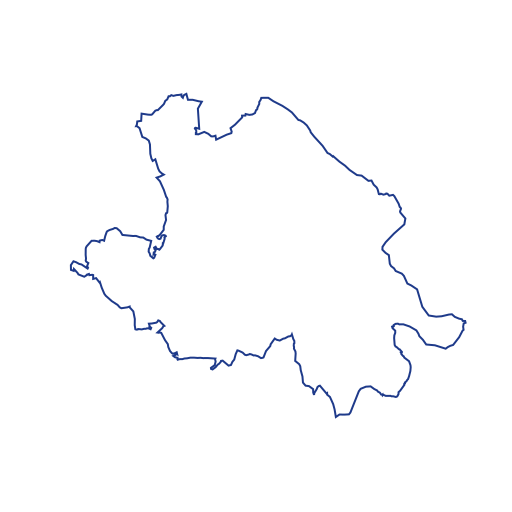 the district of Teaca, Bistrita-Nasaud, Romania, rotated 73°
{"feature_id": "2599482B42785641357283", "entity_name": "Teaca", "entity_type": "district", "adm_level": 2, "iso_a3": "ROU", "parent_name": "Romania", "parent_adm1": "Bistrita-Nasaud", "projection": "robinson", "projection_center": [24.501, 46.902], "detail": "fine", "context": "isolated", "style": "outline", "palette": "blue", "viewbox_px": 512, "rotation_deg": 73, "n_neighbors": 0, "source": "geoboundaries", "source_scale": "gbopen_adm2", "svg_char_len": 6114}
<svg xmlns="http://www.w3.org/2000/svg" viewBox="0 0 512 512"><g transform="rotate(73 256 256)"><path d="M210.6,435.7L215.2,437.0L216.9,434.7L215.2,433.9L220.0,431.6L221.7,431.2L225.6,426.3L224.8,423.3L224.4,423.2L224.3,421.0L225.6,421.0L226.1,418.1L226.6,417.3L230.3,418.4L230.4,415.4L235.6,413.4L235.3,412.9L241.2,412.8L247.8,412.1L250.1,411.3L257.0,407.1L262.4,402.6L265.3,401.3L266.6,400.0L267.5,394.0L267.4,391.6L268.2,391.8L273.1,389.5L280.8,390.3L286.7,392.2L290.8,392.8L291.4,392.0L291.7,390.6L291.4,390.3L291.5,389.7L292.8,386.7L292.9,384.3L293.4,382.7L293.3,381.3L294.0,379.6L295.2,378.2L294.4,377.5L293.3,378.9L292.9,378.8L293.1,377.8L292.4,378.2L289.4,378.2L290.1,375.3L290.6,370.8L290.2,369.7L289.0,368.3L290.1,366.9L291.3,366.6L296.0,364.1L296.1,365.1L297.6,366.8L300.4,372.6L301.0,371.4L300.9,370.5L301.8,369.1L309.9,367.6L314.5,366.1L317.4,366.5L321.7,366.0L324.2,364.9L325.1,364.2L325.2,361.7L324.9,360.0L326.9,360.1L326.3,360.6L327.1,361.8L327.4,364.3L329.2,363.0L330.4,360.8L331.3,360.8L331.8,361.3L332.3,361.2L332.3,359.3L333.1,356.6L333.1,354.4L333.7,351.7L334.0,348.7L335.1,345.0L336.4,341.7L337.1,338.9L338.2,336.4L339.4,332.2L342.2,324.9L342.6,325.3L345.2,325.5L348.3,327.4L349.8,331.8L350.8,332.0L351.8,330.7L350.5,327.1L348.7,324.4L348.2,322.7L346.5,320.1L346.1,320.0L346.3,318.5L352.8,314.3L352.9,311.8L350.3,309.5L348.7,307.1L343.9,304.1L340.8,301.4L341.4,300.4L343.7,297.8L344.6,296.9L347.2,295.5L348.0,294.3L348.1,291.5L347.9,290.6L348.9,289.0L350.4,287.4L350.7,286.0L352.5,283.3L355.1,281.1L355.3,279.3L355.2,278.5L349.8,274.2L346.3,268.7L344.7,267.8L340.4,262.2L342.1,260.8L343.8,258.0L343.0,254.1L343.2,252.5L342.4,248.6L342.7,246.9L342.1,245.1L341.5,244.6L346.4,244.6L348.4,244.2L350.6,244.8L350.9,245.4L353.0,246.2L354.2,246.2L355.7,246.8L358.8,246.2L360.9,246.6L367.8,249.2L372.1,246.3L374.3,245.9L378.3,246.6L384.8,246.8L390.8,248.1L394.5,246.5L395.9,243.4L400.0,240.3L403.3,241.2L405.8,241.1L404.1,240.3L401.1,236.9L399.3,235.5L398.7,234.0L398.7,232.8L408.1,228.8L407.9,228.1L409.4,228.5L412.4,226.5L420.2,225.5L425.7,225.7L433.3,226.7L432.0,222.5L433.5,218.0L434.6,213.4L433.3,211.5L415.4,197.2L413.6,194.7L413.1,189.1L414.2,184.5L417.8,181.8L420.0,179.5L421.3,179.1L422.9,177.5L425.1,176.8L425.6,175.9L425.4,175.4L426.1,175.5L425.8,175.0L427.7,172.8L429.0,168.4L429.9,167.2L430.2,165.9L431.7,163.5L431.7,162.5L431.3,161.7L429.7,160.1L427.9,159.5L427.0,157.6L422.6,151.8L421.8,151.8L421.3,150.7L420.5,150.6L419.8,148.8L418.7,147.6L418.2,146.6L415.6,144.7L411.1,142.0L407.6,140.6L405.6,140.2L401.4,140.4L396.5,143.9L395.1,144.1L394.5,144.7L392.1,145.7L391.3,145.4L390.7,145.6L390.8,144.7L390.4,144.5L387.3,145.9L387.0,146.5L384.1,148.2L383.4,149.0L381.6,149.4L374.9,147.9L372.3,146.9L370.2,145.3L368.1,144.7L365.0,146.5L363.3,146.5L363.2,145.5L363.6,145.1L363.4,144.7L362.3,144.5L361.7,142.4L362.2,140.1L363.3,138.9L364.4,135.1L368.3,129.7L374.0,124.4L377.7,123.4L380.5,123.2L384.9,120.9L390.4,119.1L393.7,111.0L400.1,101.7L399.2,99.3L398.7,96.5L398.7,93.5L393.0,85.4L387.8,80.3L387.3,79.1L384.2,78.6L381.2,77.1L381.1,75.1L379.3,75.0L378.5,77.3L376.7,77.6L375.3,80.1L372.3,83.7L369.0,85.7L368.4,88.6L367.9,96.1L366.7,101.4L363.4,108.2L353.2,111.8L335.0,111.7L329.6,116.1L326.6,119.3L318.2,120.4L315.5,121.7L311.2,126.8L308.2,127.6L305.1,129.8L302.5,130.3L294.0,128.7L290.9,131.2L286.9,133.3L284.2,132.3L280.7,127.9L274.9,117.5L269.1,104.9L263.8,102.2L256.6,105.3L255.4,105.2L253.2,103.5L252.0,103.6L251.2,104.2L247.7,104.3L239.2,106.2L237.6,107.1L237.3,110.9L234.9,112.1L234.3,113.2L234.7,113.7L234.6,116.2L232.9,118.4L233.2,119.5L232.7,120.4L227.9,120.2L225.7,120.6L222.2,122.6L217.6,123.5L217.0,126.5L210.0,131.5L208.1,135.8L201.0,141.4L195.7,144.4L190.2,148.6L183.1,153.0L183.4,153.5L180.1,155.6L178.4,157.5L170.1,160.1L159.0,165.4L153.7,167.5L151.8,167.5L146.0,169.2L142.3,171.4L139.2,174.1L138.3,175.7L129.2,179.7L125.1,182.7L120.1,186.9L113.1,194.1L108.3,198.0L106.3,204.7L108.0,205.9L109.7,207.9L111.5,208.4L114.6,211.3L115.7,211.7L116.4,212.6L116.5,213.3L119.0,215.2L119.6,218.1L119.1,221.1L117.2,224.4L118.6,225.1L117.7,228.3L119.4,228.7L124.3,237.7L126.3,243.0L130.0,242.9L131.3,243.7L131.4,248.5L133.1,260.1L129.1,259.6L129.1,262.0L128.5,263.8L125.2,265.9L122.2,269.2L122.8,275.5L121.9,277.9L120.7,277.5L120.8,277.1L119.1,276.6L118.1,276.5L116.2,277.2L115.8,276.9L115.7,276.2L117.7,273.1L98.1,268.5L92.6,262.7L91.3,265.5L88.1,270.9L86.7,275.4L80.6,275.2L81.0,277.6L81.9,278.8L83.3,279.7L81.7,280.6L79.7,280.1L79.5,282.2L78.9,285.0L78.7,288.2L77.4,290.0L78.1,291.7L77.7,292.9L80.3,295.1L81.1,297.4L83.6,299.5L84.3,300.6L87.8,307.2L87.5,308.3L87.6,309.8L90.2,313.9L90.3,315.0L89.3,317.8L86.4,323.8L93.2,326.3L92.6,330.2L95.5,331.5L96.8,332.7L97.0,331.9L99.7,330.0L108.9,329.9L111.3,327.0L114.3,324.8L118.3,324.8L127.4,327.2L132.0,327.5L134.9,327.0L134.1,324.0L143.9,324.0L146.9,323.5L149.4,322.0L151.2,320.4L151.9,324.4L152.0,328.1L156.5,326.0L158.1,325.8L165.8,324.8L173.3,324.6L173.9,324.2L176.0,324.0L178.3,324.9L182.6,325.8L188.3,328.1L188.8,328.6L188.8,329.5L190.4,330.6L195.3,331.5L200.8,335.6L204.0,336.6L207.2,341.1L208.4,343.4L208.2,344.0L208.5,345.2L210.0,344.9L211.0,344.3L211.6,343.4L211.5,342.2L209.4,340.6L209.0,339.8L208.9,338.6L209.4,337.3L210.2,336.5L210.7,336.4L211.4,338.1L212.8,338.3L216.9,341.1L216.7,341.4L218.7,342.2L221.5,346.1L221.7,346.7L220.9,347.1L220.5,348.2L219.6,348.9L217.8,349.3L218.2,351.0L218.9,351.0L218.7,350.6L220.5,349.9L220.9,350.6L221.4,350.5L222.5,351.4L222.7,352.7L224.3,353.4L224.1,353.0L225.3,351.8L227.9,353.9L228.2,354.9L224.9,357.0L222.4,356.9L220.5,357.4L217.9,356.4L216.8,355.2L210.9,351.8L208.3,356.0L205.4,358.4L204.3,361.3L201.7,364.9L200.9,367.8L196.8,377.6L192.6,378.6L188.7,381.1L187.9,382.9L188.3,384.8L188.3,388.4L188.8,391.0L189.4,391.8L192.8,394.3L197.0,396.8L195.8,398.2L195.6,399.7L195.6,401.0L197.0,401.6L195.3,403.7L194.2,405.9L193.4,408.8L197.2,415.1L198.3,416.2L199.5,416.8L205.2,418.6L208.7,419.3L210.7,420.2L211.8,420.0L213.7,418.4L216.3,420.5L218.9,419.9L218.4,420.3L218.8,420.7L213.1,425.3L211.9,427.4L209.4,429.8L207.7,432.1L210.6,435.7Z" fill="none" stroke="#1e3a8a" stroke-width="2"/></g></svg>